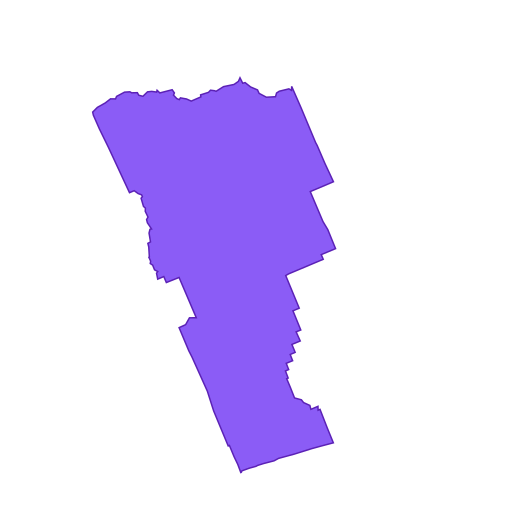 outline of Lane, Oregon, United States of America, rotated 247°
{"feature_id": "52423323B96718666714247", "entity_name": "Lane", "entity_type": "district", "adm_level": 2, "iso_a3": "USA", "parent_name": "United States of America", "parent_adm1": "Oregon", "projection": "orthographic", "projection_center": [-122.825, 43.864], "detail": "fine", "context": "isolated", "style": "filled", "palette": "violet", "viewbox_px": 512, "rotation_deg": 247, "n_neighbors": 0, "source": "geoboundaries", "source_scale": "gbopen_adm2", "svg_char_len": 1898}
<svg xmlns="http://www.w3.org/2000/svg" viewBox="0 0 512 512"><g transform="rotate(247 256 256)"><path d="M220.1,157.2L195.1,157.1L187.9,157.6L150.6,158.4L130.0,156.5L119.9,156.4L92.0,156.2L92.0,157.5L79.8,157.4L71.4,157.8L62.6,157.4L62.6,157.8L62.8,158.2L63.6,158.7L63.7,159.9L63.3,167.1L62.4,173.8L62.6,175.7L62.0,181.9L60.4,192.6L60.9,197.7L58.7,213.8L56.9,232.1L55.4,243.2L53.8,254.2L69.8,254.4L89.8,255.0L89.8,252.9L93.4,254.3L93.4,246.6L97.4,247.2L102.5,242.5L105.9,241.6L110.3,236.0L121.8,236.3L131.1,236.3L131.1,237.9L138.7,238.2L138.7,241.7L145.4,241.9L145.3,248.8L152.0,249.0L152.0,254.4L160.6,254.5L160.5,263.5L170.5,263.3L170.4,268.3L191.1,268.6L191.1,275.4L226.4,275.7L226.8,279.2L226.7,316.6L231.8,316.6L231.7,332.1L252.2,332.4L261.6,331.1L294.1,331.1L294.1,356.3L314.4,355.6L333.9,355.5L337.0,355.2L374.5,355.4L398.2,355.1L394.6,353.4L397.0,351.6L398.6,341.8L398.0,338.6L395.0,336.2L398.1,327.6L404.5,322.4L408.3,322.3L413.7,317.1L419.9,313.7L420.2,311.3L426.3,310.9L423.6,308.0L422.5,302.8L424.6,292.3L423.2,283.6L424.3,282.5L426.4,278.9L425.2,276.2L426.0,268.0L424.0,267.4L423.9,256.9L427.7,253.4L431.1,248.2L429.9,246.5L431.8,244.6L436.3,242.9L438.0,244.6L441.8,243.8L443.7,231.2L447.2,229.7L445.7,228.6L448.3,224.3L449.5,220.3L447.2,214.3L449.8,210.9L452.7,210.6L454.8,205.3L456.4,204.1L458.2,199.0L457.4,190.0L455.5,188.1L457.5,183.5L455.8,177.1L454.8,168.1L452.3,161.9L449.2,161.3L434.1,161.5L413.8,162.6L363.7,164.3L363.7,169.4L359.5,171.9L357.0,174.6L355.0,174.6L354.1,172.8L345.6,171.8L343.3,172.9L340.4,171.5L334.0,171.8L332.3,169.5L329.0,169.0L321.7,170.4L322.0,168.8L318.9,166.5L310.2,164.4L309.9,161.4L306.2,160.8L296.9,157.5L296.7,156.9L292.4,157.0L290.4,155.7L288.0,157.3L282.9,157.2L280.1,159.5L279.0,157.7L273.1,156.5L273.1,163.1L266.6,163.1L266.3,176.8L222.5,176.9L225.1,170.6L220.3,164.4L220.1,157.2Z" fill="#8b5cf6" stroke="#5b21b6" stroke-width="1.5"/></g></svg>